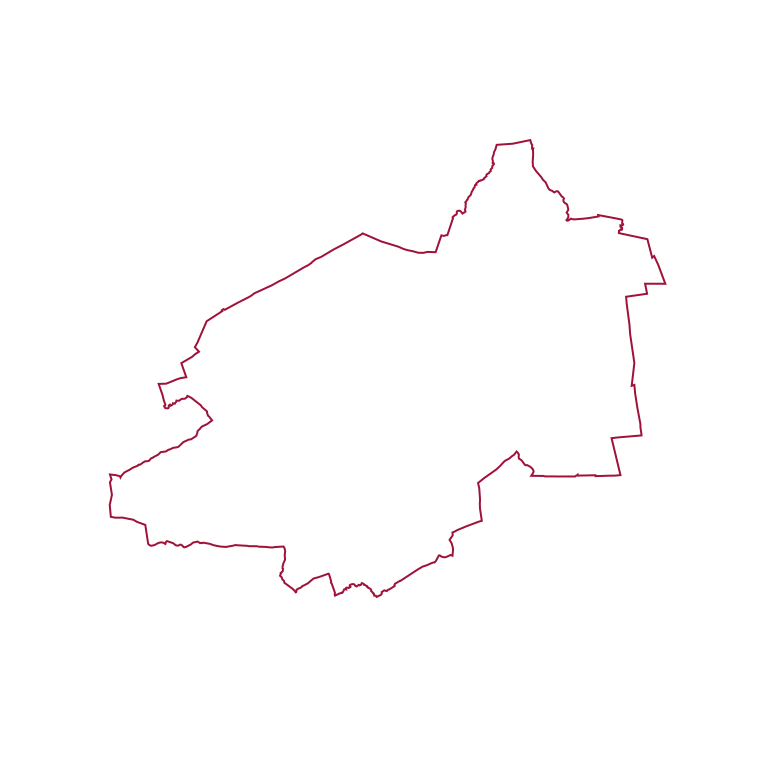 outline of Grumazesti, Neamt, Romania, rotated 76°
{"feature_id": "2599482B9810248780709", "entity_name": "Grumazesti", "entity_type": "district", "adm_level": 2, "iso_a3": "ROU", "parent_name": "Romania", "parent_adm1": "Neamt", "projection": "albers", "projection_center": [26.39, 47.135], "detail": "fine", "context": "isolated", "style": "outline", "palette": "rose", "viewbox_px": 768, "rotation_deg": 76, "n_neighbors": 0, "source": "geoboundaries", "source_scale": "gbopen_adm2", "svg_char_len": 6148}
<svg xmlns="http://www.w3.org/2000/svg" viewBox="0 0 768 768"><g transform="rotate(76 384 384)"><path d="M463.0,649.7L482.0,651.5L483.5,650.6L484.6,649.3L484.8,645.7L483.9,642.5L483.6,640.0L483.8,638.3L484.5,636.7L486.3,634.8L484.7,634.0L483.9,632.6L487.6,626.9L490.0,625.2L490.9,623.5L491.0,622.3L490.6,621.0L490.7,620.0L491.9,618.8L493.6,618.0L494.2,617.3L494.1,615.1L492.9,610.0L491.7,607.8L491.8,602.9L493.9,601.0L493.9,599.8L494.3,599.4L494.4,598.9L494.2,597.8L497.0,591.6L499.2,588.3L501.3,584.0L502.4,581.4L504.0,576.2L503.9,576.0L504.4,568.9L504.3,567.2L505.2,564.7L507.9,555.9L508.7,554.2L510.5,547.0L511.7,544.4L513.3,538.7L515.2,533.4L515.8,530.7L515.7,530.0L517.4,520.8L519.5,520.2L522.6,520.4L525.5,521.6L530.5,522.5L533.5,524.9L536.3,526.4L538.4,527.1L539.0,526.7L539.8,527.0L541.3,527.7L542.4,530.0L542.9,529.8L544.9,531.3L546.9,530.0L549.0,529.9L550.8,528.7L552.8,528.7L560.5,522.3L562.6,521.0L564.8,520.1L564.8,519.7L564.5,519.4L562.4,518.5L561.6,515.7L561.7,515.4L561.5,514.1L560.2,511.8L560.2,511.0L559.0,506.1L555.7,499.5L555.6,494.0L554.6,483.8L554.8,483.5L557.6,483.2L562.9,483.0L563.9,483.5L565.3,483.0L574.6,482.1L576.3,482.8L577.5,482.7L577.0,480.8L577.1,480.5L576.5,478.2L576.6,477.6L576.2,475.7L576.6,475.6L576.7,475.3L575.7,473.9L573.7,472.5L573.6,471.9L574.2,470.5L573.3,470.6L572.8,470.3L572.5,469.7L573.4,467.5L573.0,466.5L573.0,465.8L572.8,465.6L572.2,466.1L571.4,466.2L570.9,465.9L570.6,464.8L570.5,463.8L570.7,462.1L571.4,461.2L573.1,460.6L573.8,459.6L572.8,457.1L573.4,456.5L573.2,455.9L573.4,455.6L573.3,455.0L571.8,453.7L573.0,452.0L574.0,452.0L574.7,450.7L575.4,450.2L575.8,449.5L576.1,449.3L576.2,449.7L576.6,449.6L578.2,448.4L578.8,447.4L579.8,446.6L581.0,446.2L581.7,446.6L583.7,445.3L584.4,445.3L584.5,444.9L585.2,444.5L587.0,444.7L587.5,443.1L588.8,442.7L587.9,438.2L587.2,437.1L585.3,436.5L584.3,433.7L585.6,431.3L585.1,430.9L584.6,429.8L584.6,428.6L582.6,422.5L581.7,422.6L580.5,421.7L578.8,415.9L579.0,415.7L572.1,396.0L570.5,390.5L570.3,386.9L569.3,381.2L569.1,379.1L569.4,378.1L568.0,376.2L563.7,372.4L563.6,372.0L564.0,371.1L564.7,370.8L565.9,369.2L566.9,366.9L566.9,365.6L566.2,361.5L566.0,361.2L566.0,360.7L567.2,359.1L561.6,357.1L559.0,356.8L554.9,356.9L551.1,358.1L547.4,353.9L544.6,353.5L544.3,351.3L543.4,347.8L542.0,338.5L540.5,325.4L540.4,322.2L527.5,320.9L522.6,319.8L519.6,318.8L508.2,316.8L502.8,316.7L499.6,309.8L494.2,295.9L491.5,291.0L488.5,286.5L487.6,284.6L486.7,280.7L484.9,277.1L484.2,275.0L481.6,271.7L483.1,270.8L485.1,270.2L487.2,271.0L489.0,271.1L491.3,269.0L496.8,266.7L497.2,266.0L497.2,264.9L499.1,262.7L501.2,261.0L503.2,260.1L505.2,260.0L506.8,261.2L508.7,263.3L511.8,251.5L512.6,250.2L520.0,220.8L519.5,220.0L519.4,219.0L518.8,218.0L519.8,218.0L523.7,200.9L524.6,201.0L527.5,187.4L528.9,181.5L529.6,176.6L491.6,176.3L492.5,169.5L496.2,146.6L495.6,146.4L488.3,145.7L484.8,144.9L468.1,143.9L453.9,142.6L445.4,141.3L445.7,144.1L424.2,136.0L395.1,133.1L386.0,131.5L365.0,129.1L357.9,128.0L360.1,106.9L349.9,106.4L354.8,86.8L334.6,89.1L325.2,90.9L326.3,93.2L307.2,93.4L294.4,119.6L292.2,118.9L292.0,117.9L291.3,117.2L291.9,116.3L291.7,115.7L290.1,115.2L288.5,116.6L287.2,116.2L287.9,115.1L287.3,113.4L286.6,113.4L286.0,114.1L282.6,113.1L281.8,113.9L279.1,119.6L271.9,135.3L273.3,135.3L272.6,144.4L272.0,149.5L270.4,159.1L269.8,161.1L268.8,162.6L269.9,165.4L269.8,166.9L269.1,167.3L267.1,165.0L264.5,164.2L261.9,165.3L259.7,163.2L258.8,162.9L254.4,162.9L253.2,163.5L252.7,164.3L251.1,165.4L250.0,165.6L248.9,165.5L247.5,164.5L246.6,164.8L245.1,166.1L239.6,168.4L238.9,169.1L238.7,170.0L239.3,172.5L237.4,174.0L235.6,176.4L233.8,177.2L227.4,178.4L224.5,180.2L220.8,181.6L214.3,184.9L208.9,186.8L204.4,186.0L196.9,183.6L192.7,182.8L191.6,182.2L191.4,183.4L187.8,182.4L186.3,182.9L182.7,183.1L182.0,200.9L179.2,216.8L183.4,219.2L185.7,221.2L188.0,222.1L189.2,223.1L191.8,224.5L194.0,224.4L196.0,225.1L196.4,224.7L196.5,224.1L197.2,224.1L198.5,226.0L200.5,226.8L201.7,228.7L203.3,228.9L203.8,230.3L204.9,231.3L205.1,232.7L205.6,233.8L206.3,234.2L207.2,234.3L207.2,234.8L208.1,235.9L208.5,237.1L209.4,237.6L210.0,240.5L209.7,241.3L210.2,242.0L209.9,243.0L210.8,244.0L211.1,245.0L211.7,245.8L212.1,246.2L213.0,246.1L213.1,247.6L215.2,248.6L215.8,249.8L217.3,250.8L218.5,252.2L221.5,254.1L223.3,257.0L225.5,258.6L225.6,259.2L226.6,259.9L227.4,261.2L228.7,260.9L230.4,261.7L232.1,261.9L234.6,263.4L235.6,263.1L236.6,263.3L237.6,266.7L235.2,267.6L234.0,269.0L233.9,271.0L234.9,271.9L236.5,272.2L237.2,273.1L237.4,274.6L238.8,277.1L239.9,277.0L254.9,286.5L254.6,287.9L254.8,289.2L254.6,290.6L253.7,292.4L268.6,302.0L266.3,310.0L266.3,313.9L264.9,319.1L262.4,323.4L259.8,328.8L257.9,332.1L254.2,336.9L245.0,352.2L232.7,368.3L233.4,369.8L238.7,389.5L241.3,400.4L245.5,414.3L246.3,419.9L248.1,423.9L249.0,425.2L250.4,428.9L251.4,433.3L257.8,455.0L258.9,460.9L261.0,468.6L264.6,487.7L266.3,491.8L267.0,494.2L269.8,506.4L273.5,520.6L272.5,521.5L273.2,523.5L274.1,523.2L280.2,540.9L298.7,555.0L302.5,558.6L307.9,555.7L309.3,559.9L311.2,563.6L314.7,575.6L329.6,574.2L329.1,579.8L329.3,583.4L331.0,595.2L329.4,602.6L340.8,601.6L346.9,601.6L351.3,601.1L351.9,601.7L352.2,602.7L354.4,602.1L355.3,600.0L355.3,599.1L354.5,598.4L353.3,598.3L352.5,597.5L352.2,596.7L353.5,596.2L353.3,595.1L352.7,594.1L351.6,593.4L352.2,592.6L352.5,591.7L351.6,591.0L351.1,590.0L349.9,589.4L350.7,586.8L349.5,584.1L350.1,580.7L349.1,578.4L348.3,578.1L348.0,577.5L350.8,574.3L360.2,567.0L362.7,566.0L367.1,562.8L367.8,562.4L368.5,562.6L372.0,562.5L373.3,561.6L377.7,559.6L380.1,565.3L380.5,567.0L381.0,570.2L382.0,572.3L382.6,572.9L384.6,576.3L386.7,577.2L389.0,578.8L391.0,584.7L390.7,586.7L391.8,592.7L395.2,598.6L395.3,600.8L394.9,603.9L395.6,607.2L395.7,609.3L396.7,611.8L396.1,617.2L397.9,620.1L399.1,625.2L399.7,626.5L399.7,627.8L401.7,630.7L401.6,632.7L401.2,634.3L401.8,636.6L403.3,640.2L402.9,641.6L403.0,642.0L403.7,642.5L404.5,648.4L405.5,650.9L407.0,657.2L409.4,660.9L410.9,662.3L409.8,662.4L409.2,663.3L407.6,666.1L405.5,671.8L410.7,671.5L413.1,673.7L425.7,674.8L435.1,679.4L446.8,681.2L448.7,677.1L450.4,670.0L455.1,660.0L457.9,657.2L463.0,649.7Z" fill="none" stroke="#9f1239" stroke-width="2"/></g></svg>